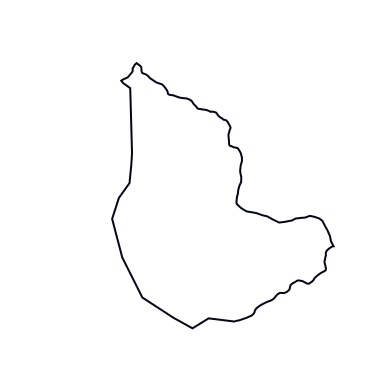 Langchhenphu, Samdrup Jongkhar, Bhutan (Natural Earth projection), rotated 59°
{"feature_id": "84629894B84259399341451", "entity_name": "Langchhenphu", "entity_type": "district", "adm_level": 2, "iso_a3": "BTN", "parent_name": "Bhutan", "parent_adm1": "Samdrup Jongkhar", "projection": "natural_earth1", "projection_center": [92.002, 26.919], "detail": "fine", "context": "isolated", "style": "outline", "palette": "ink", "viewbox_px": 384, "rotation_deg": 59, "n_neighbors": 0, "source": "geoboundaries", "source_scale": "gbopen_adm2", "svg_char_len": 2725}
<svg xmlns="http://www.w3.org/2000/svg" viewBox="0 0 384 384"><g transform="rotate(59 192 192)"><path d="M311.4,98.6L305.9,98.3L301.0,96.5L294.3,95.6L289.8,95.5L283.7,95.1L280.0,96.7L276.2,100.0L273.2,103.2L272.1,108.5L270.5,111.5L268.1,116.9L267.9,120.9L265.3,128.1L263.1,133.0L257.3,136.8L251.7,140.0L248.1,143.7L243.1,147.8L236.9,155.0L234.1,156.7L230.9,158.2L227.7,159.2L225.1,159.8L223.4,159.0L219.5,156.1L217.0,153.4L215.7,152.6L213.7,150.9L211.1,148.2L208.7,144.7L204.5,142.0L201.2,141.0L198.6,139.8L194.2,136.5L191.3,133.3L187.9,131.3L186.1,130.9L184.8,130.4L182.8,130.1L180.8,130.1L179.0,130.1L177.7,130.4L176.4,131.8L175.2,133.1L173.6,134.2L171.8,135.7L171.0,135.8L169.7,135.3L167.8,134.3L165.4,133.1L163.9,132.4L162.2,131.6L161.0,130.6L159.9,129.3L158.7,128.3L157.3,126.3L156.6,125.8L155.3,125.5L153.6,125.5L151.9,125.4L150.4,125.3L148.7,125.6L147.5,126.3L146.2,127.8L144.4,128.3L142.5,129.4L140.7,130.0L138.8,130.3L137.1,130.3L136.1,130.6L135.1,131.6L134.2,132.3L133.1,134.1L132.7,134.9L131.1,135.8L129.0,137.5L127.0,140.0L124.0,143.6L123.2,144.2L120.5,144.5L117.1,145.3L113.7,145.4L111.6,146.5L109.2,148.2L107.2,151.0L104.7,154.0L100.7,157.3L99.4,158.3L98.0,160.2L96.7,161.5L95.9,162.0L94.7,161.8L93.6,161.3L91.5,161.1L88.8,161.3L86.2,161.7L84.4,162.2L82.3,164.0L79.9,166.0L78.1,166.9L75.9,167.9L73.2,169.2L71.3,169.7L69.8,169.9L66.8,171.3L66.2,172.1L64.4,173.3L63.5,173.3L62.4,173.0L61.9,172.7L60.4,171.9L58.7,171.2L56.4,171.7L54.2,172.7L53.1,173.0L53.2,173.9L53.2,174.7L53.6,175.8L54.1,176.6L54.6,177.5L55.3,178.7L55.8,179.5L56.2,179.8L57.1,180.1L57.7,180.5L58.2,181.2L58.6,182.0L58.9,182.9L59.1,183.5L59.3,184.2L59.8,185.6L60.1,186.6L60.4,187.2L60.6,187.6L60.6,188.2L60.5,189.0L60.5,189.6L60.5,190.4L60.3,191.1L60.1,191.8L60.1,192.6L60.1,194.9L60.1,195.3L63.3,194.9L71.2,191.5L81.9,197.5L127.8,223.4L137.4,230.0L152.2,241.0L159.4,257.7L173.9,274.3L212.2,285.5L256.9,288.9L290.4,272.6L309.1,261.8L308.9,242.8L322.1,225.9L324.8,222.5L325.3,220.2L326.1,218.5L326.6,216.2L327.2,213.5L327.9,210.3L328.3,207.1L328.6,204.6L328.3,202.6L327.5,200.7L325.9,199.0L325.1,197.3L324.6,194.8L324.4,192.6L324.4,190.0L324.6,187.2L324.8,184.9L325.2,182.4L325.6,180.5L325.7,178.2L325.2,175.6L324.2,173.0L323.7,171.0L323.8,168.5L325.0,166.7L326.1,165.1L326.5,161.9L325.8,158.7L324.1,157.0L322.5,155.4L322.1,152.9L322.3,150.3L322.1,148.0L322.5,146.4L324.0,144.6L325.4,143.1L327.5,141.9L330.1,140.2L330.9,138.7L330.7,137.1L330.5,134.7L329.9,132.9L329.0,131.4L328.3,128.4L328.0,126.0L327.8,123.1L328.0,120.5L328.0,117.9L326.8,116.7L324.1,115.7L320.2,114.5L318.5,113.0L316.4,111.0L315.2,109.8L313.5,109.0L312.6,108.1L311.5,106.3L311.2,104.2L310.9,101.8L311.0,99.2L311.4,98.6Z" fill="none" stroke="#020617" stroke-width="2"/></g></svg>